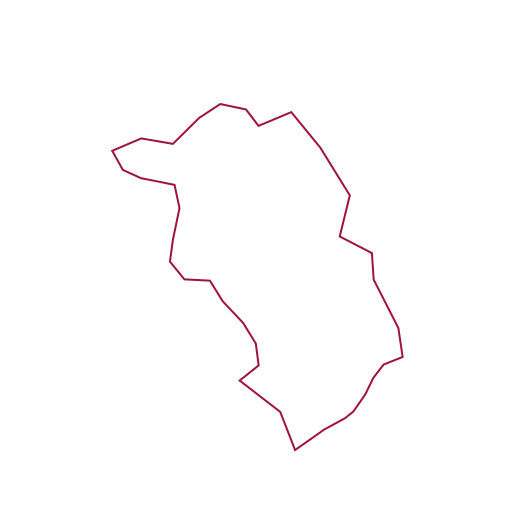 map outline of Dečani (Mercator projection), rotated 214°
{"feature_id": "KOS-5889", "entity_name": "Dečani", "entity_type": "District", "adm_level": 1, "iso_a3": "XKX", "parent_name": "Kosovo", "parent_adm1": "", "projection": "mercator", "projection_center": [20.231, 42.545], "detail": "fine", "context": "isolated", "style": "outline", "palette": "rose", "viewbox_px": 512, "rotation_deg": 214, "n_neighbors": 0, "source": "natural_earth", "source_scale": "10m", "svg_char_len": 627}
<svg xmlns="http://www.w3.org/2000/svg" viewBox="0 0 512 512"><g transform="rotate(214 256 256)"><path d="M161.2,322.8L145.2,302.2L97.7,275.9L78.0,254.3L89.5,237.4L90.6,220.6L88.0,202.4L88.3,181.6L91.6,171.1L102.4,150.3L115.1,117.0L148.7,140.3L199.9,143.6L192.6,166.8L207.2,183.3L229.2,193.3L258.4,199.9L280.4,209.8L302.3,196.6L324.2,203.2L334.0,223.1L346.2,252.9L363.3,269.4L394.9,256.2L414.5,252.9L434.0,262.8L416.9,289.3L387.6,302.5L380.3,338.9L370.6,362.0L346.2,371.9L326.7,365.3L307.2,395.0L263.3,381.8L212.1,358.7L197.5,319.0L161.5,323.2L161.4,322.9L161.2,322.8Z" fill="none" stroke="#9f1239" stroke-width="2"/></g></svg>